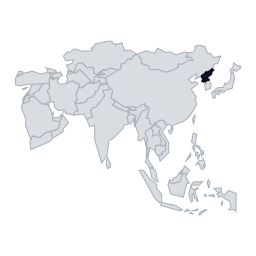 North Korea highlighted on a map of Asia
{"feature_id": "PRK", "entity_name": "North Korea", "entity_type": "country or territory", "adm_level": 0, "iso_a3": "PRK", "parent_name": "Asia", "parent_adm1": "", "projection": "equal_earth", "projection_center": [127.346, 40.359], "detail": "fine", "context": "in_parent", "style": "filled", "palette": "ink", "viewbox_px": 256, "rotation_deg": 0, "n_neighbors": 45, "source": "natural_earth", "source_scale": "50m", "svg_char_len": 14394}
<svg xmlns="http://www.w3.org/2000/svg" viewBox="0 0 256 256"><path d="M136.5,54.3L133.2,56.1L131.3,59.4L127.9,58.6L125.6,62.8L120.7,64.3L121.3,68.4L119.7,70.4L109.1,68.1L107.2,70.1L103.1,69.6L96.9,74.5L93.6,73.3L93.9,68.9L92.2,67.1L86.7,67.6L82.1,62.7L76.9,64.1L73.6,73.0L71.0,70.5L67.6,71.8L68.5,69.4L66.3,65.0L71.9,63.5L73.5,59.7L65.9,60.8L63.4,56.2L67.6,51.6L68.8,52.9L74.6,48.8L82.1,51.2L92.0,50.8L92.9,49.8L90.8,48.3L94.8,46.1L94.2,44.6L95.3,43.9L109.5,41.0L112.3,41.4L112.0,43.6L115.8,43.8L115.2,45.0L121.9,42.9L124.7,50.7L130.6,50.2L136.5,54.3Z" fill="#d9dde1" stroke="#a8b0b8" stroke-width="1"/><path d="M73.6,73.0L76.9,64.1L82.1,62.7L86.7,67.6L92.2,67.1L93.9,68.9L93.6,73.3L96.2,74.6L102.3,70.6L100.8,72.5L105.3,74.1L102.4,75.8L100.3,75.7L100.9,73.8L98.2,74.4L95.9,77.4L94.4,77.2L94.7,80.8L93.0,83.3L79.8,69.5L75.8,72.9L73.6,73.0Z" fill="#d9dde1" stroke="#a8b0b8" stroke-width="1"/><path d="M236.1,193.2L236.0,211.8L234.1,209.5L228.8,209.8L231.1,206.7L229.5,201.2L220.5,195.9L219.0,197.5L216.9,193.8L220.6,192.1L217.5,192.1L213.8,188.4L221.2,188.0L222.1,193.7L224.3,195.4L228.5,190.6L236.1,193.2ZM202.0,211.2L200.9,214.7L198.9,215.0L200.0,212.3L202.0,211.2ZM221.6,205.5L221.4,203.3L222.2,201.3L222.7,203.5L221.6,205.5ZM187.0,173.9L185.7,176.5L189.3,183.2L186.8,183.5L183.3,197.2L170.7,194.2L168.0,184.6L169.5,180.0L171.3,183.5L178.3,182.3L180.0,181.6L182.7,173.4L187.0,173.9ZM208.2,195.5L213.7,194.6L214.5,196.8L208.2,195.5ZM206.1,196.6L204.6,196.1L204.2,194.8L206.3,194.7L206.1,196.6ZM208.3,179.5L209.9,182.5L208.7,188.3L207.2,182.8L208.3,179.5ZM193.3,182.0L202.6,181.7L199.3,185.1L191.8,185.1L191.5,187.2L193.4,189.8L198.5,187.5L194.7,191.2L198.2,201.0L196.2,200.9L197.2,198.5L194.6,198.8L193.5,193.3L192.1,194.1L192.4,201.6L191.0,202.0L188.8,193.8L191.1,185.3L193.3,182.0ZM193.2,214.2L189.4,213.1L191.3,212.5L193.2,214.2ZM191.4,210.9L195.8,209.9L197.7,208.9L197.4,210.5L191.4,210.9ZM187.1,208.9L189.7,210.6L184.6,211.6L187.1,208.9ZM161.9,202.6L175.8,205.6L182.4,209.7L180.0,210.8L160.5,205.4L161.9,202.6ZM156.2,187.8L161.9,194.5L161.4,202.5L159.1,202.6L154.5,197.8L139.1,170.1L143.7,170.7L150.3,179.7L154.2,181.7L157.1,185.4L156.2,187.8Z" fill="#d9dde1" stroke="#a8b0b8" stroke-width="1"/><path d="M202.3,212.6L204.1,209.9L207.0,209.8L202.3,212.6Z" fill="#d9dde1" stroke="#a8b0b8" stroke-width="1"/><path d="M27.9,93.3L24.9,97.0L22.8,103.2L23.0,98.7L26.3,93.8L27.9,93.3Z" fill="#d9dde1" stroke="#a8b0b8" stroke-width="1"/><path d="M30.3,90.9L26.3,93.8L30.3,89.9L30.3,90.9Z" fill="#d9dde1" stroke="#a8b0b8" stroke-width="1"/><path d="M26.5,95.6L24.4,98.3L25.9,95.2L26.5,95.6Z" fill="#d9dde1" stroke="#a8b0b8" stroke-width="1"/><path d="M26.5,95.6L33.8,93.0L33.5,96.2L28.6,97.9L29.8,100.5L24.8,104.0L22.8,103.2L26.5,95.6Z" fill="#d9dde1" stroke="#a8b0b8" stroke-width="1"/><path d="M52.8,117.4L57.7,117.7L63.1,113.4L58.9,122.2L53.0,120.8L52.8,117.4Z" fill="#d9dde1" stroke="#a8b0b8" stroke-width="1"/><path d="M51.5,116.0L51.8,114.0L53.3,112.3L53.4,114.7L51.5,116.0Z" fill="#d9dde1" stroke="#a8b0b8" stroke-width="1"/><path d="M47.9,101.7L49.1,105.7L45.7,104.3L47.9,101.7Z" fill="#d9dde1" stroke="#a8b0b8" stroke-width="1"/><path d="M33.5,96.2L33.8,93.0L39.0,90.3L41.3,85.3L45.1,82.7L48.8,83.3L49.9,87.1L47.2,91.5L49.8,95.4L50.3,102.1L42.1,104.1L33.5,96.2Z" fill="#d9dde1" stroke="#a8b0b8" stroke-width="1"/><path d="M59.4,121.6L62.9,115.5L68.6,122.7L63.6,128.4L62.8,132.0L52.4,138.4L51.0,131.8L57.7,129.1L60.0,123.5L59.4,121.6ZM63.9,111.8L62.9,112.5L63.7,111.5L63.9,111.8Z" fill="#d9dde1" stroke="#a8b0b8" stroke-width="1"/><path d="M155.0,151.0L156.0,145.2L162.4,146.2L163.4,144.2L165.7,147.2L165.3,150.5L161.7,152.7L162.6,154.4L156.8,155.4L155.0,151.0Z" fill="#d9dde1" stroke="#a8b0b8" stroke-width="1"/><path d="M160.7,145.1L156.0,145.2L155.0,151.0L149.9,147.5L147.6,159.3L153.6,167.9L151.5,169.5L145.3,161.9L148.6,151.8L146.1,142.7L147.7,139.7L144.9,133.4L146.9,129.9L150.9,127.9L153.2,130.6L152.4,136.0L157.0,133.8L160.0,136.2L161.6,141.4L160.7,145.1Z" fill="#d9dde1" stroke="#a8b0b8" stroke-width="1"/><path d="M165.2,145.3L160.7,145.1L161.6,141.4L158.5,133.9L152.4,136.0L153.2,130.6L150.9,127.9L154.5,125.8L154.4,122.7L157.3,126.9L159.9,127.0L160.5,129.4L158.5,131.1L165.2,140.5L165.2,145.3Z" fill="#d9dde1" stroke="#a8b0b8" stroke-width="1"/><path d="M150.9,127.9L146.9,129.9L144.9,133.4L147.7,139.7L146.1,142.7L148.6,151.8L146.3,157.4L146.5,148.3L144.2,137.6L140.3,141.0L137.9,140.1L138.5,134.0L135.0,125.0L142.0,111.1L146.2,109.7L146.9,106.5L149.4,108.5L146.4,118.3L148.6,117.9L150.2,120.9L149.4,123.2L153.3,123.9L150.9,127.9Z" fill="#d9dde1" stroke="#a8b0b8" stroke-width="1"/><path d="M158.5,155.8L162.6,154.4L161.7,152.7L165.3,150.5L165.7,142.5L158.5,131.1L160.5,129.4L159.9,127.0L157.3,126.9L155.5,122.3L162.1,119.8L167.4,124.8L162.2,131.7L168.5,142.3L168.9,152.4L160.1,161.2L158.5,155.8Z" fill="#d9dde1" stroke="#a8b0b8" stroke-width="1"/><path d="M204.8,81.8L209.0,79.7L211.1,84.3L210.5,88.6L205.4,90.4L204.7,84.4L206.1,84.0L204.8,81.8Z" fill="#d9dde1" stroke="#a8b0b8" stroke-width="1"/><path d="M137.2,54.2L145.9,50.8L154.2,53.2L157.9,48.1L165.6,52.4L171.3,52.0L173.8,54.2L177.6,54.5L184.3,52.0L188.3,52.8L186.3,57.7L190.5,57.0L193.5,59.3L181.7,64.5L178.9,63.8L177.8,65.4L178.5,67.1L175.7,69.2L165.3,72.3L158.0,69.7L149.7,69.5L148.4,65.9L140.9,63.4L141.7,59.7L137.2,54.2Z" fill="#d9dde1" stroke="#a8b0b8" stroke-width="1"/><path d="M146.9,106.5L146.2,109.7L142.0,111.1L135.9,123.4L135.2,119.1L134.2,120.8L133.2,119.4L136.0,115.4L131.1,114.6L128.7,111.4L127.8,113.2L129.1,114.7L127.2,116.7L128.4,117.4L128.1,124.4L124.1,124.9L122.8,128.6L112.9,138.7L108.9,140.5L106.9,156.2L101.6,163.0L94.8,140.2L94.5,125.3L89.9,126.6L86.3,118.9L92.5,117.1L90.5,110.1L93.2,107.3L95.5,107.5L104.6,95.9L102.7,90.6L108.9,89.7L111.3,87.6L112.7,90.6L111.1,97.9L115.2,101.4L112.6,105.1L118.5,108.9L127.7,111.5L129.6,107.0L129.5,109.6L131.2,110.7L135.9,110.3L135.5,107.8L144.8,103.3L144.8,106.1L146.9,106.5Z" fill="#d9dde1" stroke="#a8b0b8" stroke-width="1"/><path d="M135.2,119.1L135.0,127.2L133.5,121.4L131.6,121.3L130.9,124.0L128.5,123.4L127.2,116.7L129.1,114.7L127.8,113.2L128.7,111.4L131.1,114.6L136.0,115.4L133.2,119.4L134.2,120.8L135.2,119.1Z" fill="#d9dde1" stroke="#a8b0b8" stroke-width="1"/><path d="M135.5,107.8L135.9,110.3L129.5,109.6L132.3,106.4L135.5,107.8Z" fill="#d9dde1" stroke="#a8b0b8" stroke-width="1"/><path d="M128.3,107.6L127.7,111.5L126.0,111.5L112.6,105.1L116.1,100.8L123.8,106.7L128.3,107.6Z" fill="#d9dde1" stroke="#a8b0b8" stroke-width="1"/><path d="M111.3,87.6L108.9,89.7L102.7,90.6L104.6,95.9L95.5,107.5L93.2,107.3L90.5,110.1L92.5,117.1L86.3,118.9L83.4,114.2L73.4,115.1L74.7,112.0L77.9,110.6L74.7,102.3L77.8,103.7L85.7,102.2L87.6,98.4L92.7,96.9L100.3,85.0L107.0,83.4L108.3,86.5L111.3,87.6Z" fill="#d9dde1" stroke="#a8b0b8" stroke-width="1"/><path d="M87.0,83.4L95.6,83.3L99.5,80.0L100.4,84.4L103.6,82.5L107.0,83.4L98.9,86.1L99.0,88.4L96.9,91.4L95.1,91.4L95.5,93.1L92.7,96.9L87.6,98.4L85.7,102.2L77.8,103.7L74.7,102.3L77.1,99.9L76.1,94.0L79.2,87.2L82.5,87.8L87.0,83.4Z" fill="#d9dde1" stroke="#a8b0b8" stroke-width="1"/><path d="M93.0,83.3L94.7,80.8L94.4,77.2L100.9,73.8L101.1,75.6L97.6,77.4L105.5,77.6L106.8,82.7L100.4,84.4L99.5,80.0L95.6,83.3L93.0,83.3Z" fill="#d9dde1" stroke="#a8b0b8" stroke-width="1"/><path d="M102.3,70.6L107.2,70.1L109.1,68.1L119.7,70.4L105.5,77.6L97.6,77.4L98.2,75.9L105.3,74.1L100.8,72.5L102.3,70.6Z" fill="#d9dde1" stroke="#a8b0b8" stroke-width="1"/><path d="M67.6,71.8L71.0,70.5L72.6,73.1L75.8,72.9L79.8,69.5L91.1,81.3L90.6,82.8L89.3,82.0L80.9,88.1L79.2,87.2L79.6,85.0L73.5,81.1L66.3,83.2L67.7,78.8L66.4,76.1L67.6,74.0L71.0,73.8L70.2,71.0L67.6,73.4L67.6,71.8Z" fill="#d9dde1" stroke="#a8b0b8" stroke-width="1"/><path d="M50.3,102.1L49.8,95.4L47.2,91.5L49.9,87.1L48.5,81.3L49.6,77.6L52.8,79.3L57.2,77.2L57.6,82.2L60.1,84.0L66.0,83.8L72.2,80.9L79.6,85.0L76.1,94.0L77.1,99.9L74.7,102.3L77.9,110.6L74.7,112.0L73.4,115.1L65.4,113.3L65.2,110.0L58.1,110.4L54.8,107.6L53.5,101.5L50.3,102.1Z" fill="#d9dde1" stroke="#a8b0b8" stroke-width="1"/><path d="M27.1,94.8L30.3,90.9L30.0,87.8L33.0,84.2L44.2,83.1L41.3,85.3L39.0,90.3L29.0,95.8L27.1,94.8Z" fill="#d9dde1" stroke="#a8b0b8" stroke-width="1"/><path d="M53.5,79.3L49.6,75.6L50.3,73.5L53.7,74.2L53.5,79.3Z" fill="#d9dde1" stroke="#a8b0b8" stroke-width="1"/><path d="M48.8,83.3L33.0,84.2L30.9,86.7L31.7,84.6L29.1,84.2L18.8,85.9L15.4,84.6L15.7,77.5L23.6,73.2L32.5,71.2L40.3,73.9L49.0,72.3L51.2,76.9L49.6,77.6L48.8,83.3ZM18.5,71.7L22.2,71.3L23.2,73.0L16.9,75.8L18.5,71.7Z" fill="#d9dde1" stroke="#a8b0b8" stroke-width="1"/><path d="M110.6,164.2L110.2,167.2L107.4,168.7L106.2,162.3L107.4,157.7L110.6,164.2Z" fill="#d9dde1" stroke="#a8b0b8" stroke-width="1"/><path d="M170.0,134.1L168.3,130.8L172.9,128.8L171.8,132.7L170.0,134.1ZM105.5,77.6L121.3,68.4L120.7,64.3L125.6,62.8L127.9,58.6L131.3,59.4L133.2,56.1L137.2,54.2L141.7,59.7L140.9,63.4L148.4,65.9L149.7,69.5L158.0,69.7L165.3,72.3L173.5,70.0L178.5,67.1L177.8,65.4L178.9,63.8L181.7,64.5L189.2,60.2L193.2,60.1L190.5,57.0L186.0,56.8L188.3,52.8L192.9,52.3L195.7,48.3L194.8,46.5L198.4,45.1L204.7,46.5L207.6,53.1L210.7,53.8L213.6,57.6L220.7,56.0L217.5,63.7L213.8,64.2L213.2,70.3L212.0,68.9L208.4,71.3L208.7,72.6L206.2,71.7L201.3,76.4L195.1,78.9L197.3,75.1L196.4,73.9L188.4,79.3L192.4,83.3L194.6,81.5L197.5,82.6L197.8,83.9L191.2,89.1L196.3,97.4L195.0,100.1L196.6,102.3L195.7,106.6L189.4,116.6L183.6,121.4L173.0,125.2L172.2,128.1L171.0,128.3L171.1,125.2L165.4,124.1L164.9,121.4L162.1,119.8L154.4,122.7L154.5,125.8L149.4,123.2L150.2,120.9L148.6,117.9L146.4,118.3L149.4,108.5L148.1,106.3L144.8,106.1L144.8,103.3L137.1,107.5L132.3,106.4L129.5,109.1L129.6,107.0L123.8,106.7L111.1,97.9L112.7,90.6L108.3,86.5L105.5,77.6Z" fill="#d9dde1" stroke="#a8b0b8" stroke-width="1"/><path d="M195.2,114.5L194.4,121.4L193.5,123.6L192.3,119.3L195.2,114.5Z" fill="#d9dde1" stroke="#a8b0b8" stroke-width="1"/><path d="M56.3,71.6L58.3,73.4L60.3,71.7L62.3,75.6L60.6,75.8L57.7,80.4L57.2,77.2L53.5,79.3L52.9,76.4L53.0,73.1L55.7,73.6L56.3,71.6ZM52.8,79.3L51.6,79.0L51.2,76.9L52.8,77.5L52.8,79.3Z" fill="#d9dde1" stroke="#a8b0b8" stroke-width="1"/><path d="M46.0,67.8L55.2,70.1L56.1,73.3L46.9,72.4L47.9,69.7L46.0,67.8Z" fill="#d9dde1" stroke="#a8b0b8" stroke-width="1"/><path d="M194.3,150.9L192.3,147.4L194.8,148.5L194.3,150.9ZM197.9,160.0L197.8,154.7L198.6,156.4L200.2,153.7L197.9,160.0ZM203.0,157.9L205.4,165.2L204.6,167.8L203.9,164.9L202.9,166.3L202.9,169.8L200.4,168.1L199.2,163.3L195.6,165.2L198.9,160.9L203.1,160.1L203.0,157.9ZM190.9,155.6L185.5,161.8L190.6,153.3L190.9,155.6ZM196.7,134.0L195.3,144.9L199.9,146.5L200.2,150.0L197.8,147.1L193.0,146.2L193.8,144.4L191.5,141.9L193.3,133.2L196.7,134.0ZM195.8,155.9L195.6,151.8L198.2,152.7L195.8,155.9ZM203.2,151.0L203.8,154.2L202.1,153.4L201.7,156.8L200.6,149.9L203.2,151.0Z" fill="#d9dde1" stroke="#a8b0b8" stroke-width="1"/><path d="M149.3,167.2L155.3,169.9L157.9,182.0L151.9,177.8L149.3,167.2ZM187.0,173.9L182.7,173.4L180.0,181.6L171.3,183.5L169.8,181.9L169.5,180.0L172.7,180.4L173.1,178.0L176.6,176.9L179.2,172.8L181.6,173.4L184.6,165.9L189.7,170.3L187.0,173.9Z" fill="#d9dde1" stroke="#a8b0b8" stroke-width="1"/><path d="M181.8,170.2L181.6,173.4L180.1,174.3L179.2,172.8L181.8,170.2Z" fill="#d9dde1" stroke="#a8b0b8" stroke-width="1"/><path d="M234.6,78.2L232.1,88.5L226.3,89.8L223.6,92.8L222.1,89.9L214.2,91.7L216.2,93.6L214.9,98.1L212.7,98.1L213.2,95.8L211.1,93.2L217.3,87.7L223.2,87.5L225.0,82.9L226.4,84.2L230.1,80.6L231.3,73.2L233.3,72.8L234.6,78.2ZM238.8,66.6L240.0,65.5L240.6,68.2L236.5,71.3L233.5,69.6L232.7,72.3L230.6,72.3L230.2,69.9L232.9,67.9L233.6,62.8L238.8,66.6ZM216.9,92.8L219.8,90.5L221.6,91.9L218.2,94.8L216.9,92.8Z" fill="#d9dde1" stroke="#a8b0b8" stroke-width="1"/><path d="M51.0,131.8L52.4,138.4L50.0,141.3L30.8,149.7L29.9,142.4L32.5,135.8L39.8,137.6L44.9,132.9L51.0,131.8Z" fill="#d9dde1" stroke="#a8b0b8" stroke-width="1"/><path d="M22.8,103.6L28.4,101.9L29.8,100.5L28.6,97.9L33.5,96.2L42.1,104.1L47.5,104.5L51.3,110.7L53.0,120.8L59.4,121.6L60.0,123.5L57.7,129.1L44.9,132.9L39.8,137.6L32.5,135.8L30.7,139.2L25.6,125.5L25.8,118.9L21.1,107.1L22.8,103.6Z" fill="#d9dde1" stroke="#a8b0b8" stroke-width="1"/><path d="M27.7,87.1L23.5,89.9L22.7,88.6L27.7,87.1Z" fill="#d9dde1" stroke="#a8b0b8" stroke-width="1"/><path d="M209.0,79.6L208.8,79.9L208.7,80.1L208.6,80.3L208.4,80.4L208.1,80.4L207.9,80.4L207.5,80.4L207.4,80.4L207.0,80.4L206.7,80.4L206.6,80.5L206.4,80.6L206.2,80.9L205.9,81.2L205.8,81.4L205.8,81.6L205.7,81.7L205.2,81.5L204.9,81.6L204.8,81.8L204.7,81.8L204.6,81.5L204.4,81.5L204.1,81.2L203.9,81.3L203.7,81.7L203.4,81.9L203.2,81.6L202.8,81.5L202.6,81.4L203.0,81.1L202.9,81.0L202.6,81.0L202.4,80.9L202.2,80.9L202.4,80.6L202.4,80.4L202.6,80.0L202.7,79.8L203.2,79.5L203.4,79.5L203.5,79.5L203.5,79.4L203.4,79.3L203.2,79.3L202.9,79.2L203.4,78.0L203.4,77.9L203.3,77.6L203.3,77.4L203.0,77.2L202.8,77.2L202.4,76.9L202.2,76.8L202.1,77.1L201.9,76.9L201.8,76.7L201.5,76.5L201.4,76.4L201.5,76.2L201.4,76.2L201.5,75.9L201.7,75.7L202.1,75.4L202.2,75.2L202.5,75.1L202.7,74.9L202.8,74.8L203.0,74.7L203.3,74.6L203.7,74.4L203.8,74.3L203.9,74.2L204.0,74.1L204.3,74.0L204.5,74.0L204.7,73.8L204.7,73.7L204.8,73.5L205.0,73.4L205.2,73.2L205.3,72.9L205.5,72.9L205.6,72.5L205.6,72.3L205.7,72.2L205.9,72.0L206.0,72.0L206.1,71.9L206.3,71.8L206.5,72.0L206.7,72.4L206.8,72.4L206.9,72.5L207.2,72.5L207.4,72.5L207.5,72.6L208.1,72.6L208.3,72.6L208.5,72.8L208.7,72.7L208.8,72.5L208.8,72.3L208.8,72.2L208.6,72.0L208.5,71.8L208.4,71.7L208.3,71.4L208.6,71.3L208.9,71.2L209.1,71.3L209.4,71.2L209.7,71.2L209.8,71.2L210.0,71.2L210.3,70.9L210.5,70.8L210.5,70.6L210.6,70.4L210.8,70.2L211.0,70.3L211.3,70.2L211.5,70.1L211.5,69.8L211.6,69.6L211.6,69.4L211.7,69.1L211.7,68.9L211.8,68.9L212.0,69.0L212.1,68.9L212.2,69.0L212.3,69.1L212.4,69.5L212.5,69.6L212.7,69.8L212.8,69.9L213.0,70.0L213.1,70.3L213.2,70.5L213.3,70.5L213.2,70.6L212.8,70.6L212.6,70.8L212.4,70.8L212.3,71.0L212.1,71.2L212.0,71.3L211.9,71.5L211.8,71.8L211.6,72.0L211.4,72.3L211.4,72.5L211.6,72.8L211.6,73.0L211.5,73.4L211.6,73.9L211.5,74.1L210.8,74.4L210.6,74.6L210.4,75.0L210.1,75.1L209.9,75.3L209.6,75.4L209.4,75.7L209.3,75.9L209.0,76.0L208.9,76.1L208.5,76.1L208.2,76.2L208.0,76.5L207.5,76.7L207.4,76.9L207.4,77.3L207.5,77.5L207.4,77.7L207.2,77.7L207.1,77.9L207.2,78.2L207.4,78.2L207.5,78.3L207.9,78.5L208.3,78.9L208.5,79.1L208.8,79.3L208.9,79.5L209.0,79.6ZM202.5,77.3L202.3,77.4L202.4,77.2L202.5,77.2L202.5,77.3Z" fill="#0f172a" stroke="#020617" stroke-width="1.5"/></svg>